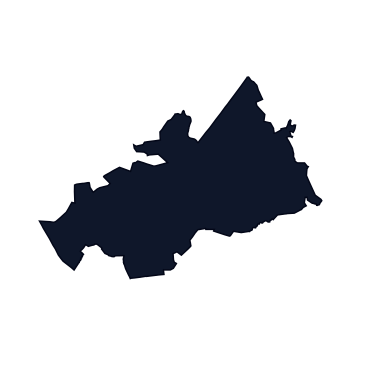 Rembates pag., Keguma, Latvia, rotated 31°
{"feature_id": "27541924B57720709752494", "entity_name": "Rembates pag.", "entity_type": "district", "adm_level": 2, "iso_a3": "LVA", "parent_name": "Latvia", "parent_adm1": "Keguma", "projection": "albers", "projection_center": [24.823, 56.781], "detail": "fine", "context": "isolated", "style": "filled", "palette": "ink", "viewbox_px": 384, "rotation_deg": 31, "n_neighbors": 0, "source": "geoboundaries", "source_scale": "gbopen_adm2", "svg_char_len": 5695}
<svg xmlns="http://www.w3.org/2000/svg" viewBox="0 0 384 384"><g transform="rotate(31 192 192)"><path d="M87.8,246.5L91.1,252.2L97.4,261.9L94.4,262.8L94.6,267.8L94.7,270.3L94.7,274.1L92.3,282.1L90.7,287.0L90.4,287.5L90.1,288.1L88.9,289.3L85.5,290.7L76.3,295.5L80.5,297.9L83.2,299.6L94.0,305.4L100.3,309.2L104.1,311.1L110.0,314.9L114.2,316.6L117.1,317.7L127.4,318.9L131.1,319.6L131.3,313.0L131.4,312.8L131.3,312.5L131.3,312.3L131.2,312.2L131.2,311.7L131.3,311.4L131.4,311.0L131.5,310.9L131.6,310.6L131.4,309.9L131.2,309.3L131.1,309.1L131.6,308.2L131.6,307.8L131.5,307.7L131.4,307.4L131.2,307.2L131.3,306.8L131.4,306.7L130.9,306.3L130.8,306.2L131.0,306.0L131.1,305.9L130.8,305.5L130.9,305.0L131.0,305.1L131.3,304.9L131.0,304.6L130.9,304.3L130.8,304.2L130.7,304.0L130.9,303.8L130.8,303.6L131.0,303.5L130.8,303.3L130.8,303.0L130.9,302.4L131.0,301.9L131.1,301.7L131.1,301.3L129.0,300.8L128.9,301.0L127.6,300.5L126.8,300.3L126.9,299.0L127.2,298.4L127.8,295.5L127.9,291.9L130.3,291.9L131.1,292.0L132.2,290.8L134.1,288.8L135.2,287.9L135.7,286.4L136.4,286.3L137.1,285.7L138.7,285.8L143.6,286.4L143.8,287.4L149.0,289.5L152.3,289.0L153.4,289.4L155.7,288.7L156.6,288.6L158.5,287.6L159.1,286.2L160.0,285.6L166.4,281.6L166.8,282.3L167.3,284.0L167.5,284.6L167.8,285.2L168.2,285.6L169.3,286.9L169.3,287.4L169.5,287.5L169.8,287.7L170.5,288.6L171.7,289.3L174.6,291.9L180.4,295.8L181.8,296.6L183.6,297.9L183.7,297.6L186.7,295.4L191.4,291.7L195.7,288.1L196.4,287.8L206.4,280.0L210.4,277.1L207.6,273.5L207.6,273.4L207.8,273.4L213.6,269.9L215.3,267.0L215.4,263.0L215.5,262.2L215.4,261.8L215.4,261.3L213.2,261.4L212.4,260.9L211.0,259.6L207.5,254.6L208.8,252.7L209.8,251.1L210.1,250.9L210.3,251.0L215.4,251.6L217.1,245.7L217.9,243.0L218.7,239.7L218.8,238.8L217.4,237.2L216.6,236.2L215.9,235.5L215.0,234.4L215.5,230.1L215.7,226.6L215.7,225.9L216.4,221.3L222.4,216.2L223.1,216.9L230.4,212.6L230.7,214.3L241.8,211.8L246.8,210.5L247.3,209.9L247.4,209.5L247.6,206.7L247.7,205.6L247.8,204.3L251.8,202.7L255.1,201.4L261.0,196.5L261.5,196.4L261.8,196.1L261.8,195.6L262.0,195.1L262.2,194.6L262.3,194.5L262.6,194.3L262.8,194.2L263.0,193.7L263.0,193.3L262.5,192.2L262.5,191.5L262.8,191.0L263.7,190.5L264.9,190.0L265.0,189.8L264.8,188.8L264.8,188.3L265.3,187.7L265.3,187.0L265.0,186.1L265.0,185.5L265.1,185.4L265.3,185.3L266.1,184.9L266.2,184.7L265.9,183.8L265.9,183.6L266.0,183.3L266.3,183.0L267.1,182.6L267.5,182.5L267.9,182.6L268.0,182.5L268.2,182.4L268.4,182.1L268.5,181.8L268.5,181.7L268.4,181.5L268.4,181.2L268.9,180.3L269.4,179.3L269.9,178.8L270.0,178.6L270.3,178.4L270.7,178.4L271.9,178.5L272.6,178.5L273.4,178.1L273.5,178.0L273.8,177.7L274.0,177.6L273.7,176.6L273.7,176.1L274.2,175.5L274.5,173.6L275.8,173.9L277.1,167.6L283.3,162.6L283.8,162.3L283.8,162.2L285.2,161.1L290.6,157.4L294.2,151.5L294.8,150.7L295.2,148.1L295.3,148.0L295.3,147.9L297.0,145.0L293.8,143.4L291.7,138.3L293.4,137.3L295.2,139.4L300.7,139.7L303.5,138.7L303.5,138.9L304.9,138.4L305.7,139.2L306.5,138.8L306.9,138.0L307.5,137.6L307.6,136.6L307.4,135.8L307.7,132.8L307.7,132.6L306.3,131.9L299.3,131.3L287.2,123.0L285.2,121.6L281.6,119.0L279.6,115.1L278.6,112.9L278.6,110.4L277.5,110.6L273.5,109.1L267.4,112.8L267.0,112.8L266.4,112.8L264.6,112.6L264.4,112.5L264.2,112.4L263.4,111.2L263.0,110.9L261.2,109.8L261.0,109.7L259.3,106.7L258.3,105.8L255.6,102.9L249.6,99.1L245.0,96.7L245.8,94.9L248.3,93.6L249.6,93.6L249.5,92.7L248.1,93.1L244.8,90.0L245.5,89.0L248.0,88.8L248.0,86.8L247.6,84.6L246.3,81.4L245.0,82.0L244.5,83.3L243.5,83.9L241.5,83.9L240.1,79.9L239.0,79.7L238.7,81.8L239.6,85.4L239.9,89.1L238.9,89.0L235.8,92.0L236.4,93.2L233.2,98.5L232.2,99.3L229.6,96.3L229.1,95.5L223.7,92.4L217.3,94.5L217.1,94.3L214.5,88.1L214.4,88.0L212.5,87.5L205.3,85.4L203.6,84.8L203.1,84.7L200.6,82.1L201.6,80.6L204.0,77.3L204.7,76.2L202.4,74.7L197.5,71.3L197.2,71.1L196.8,71.0L194.0,68.4L192.6,67.2L190.4,66.6L189.1,66.1L188.3,66.0L188.0,65.8L187.3,66.0L185.2,66.0L183.6,65.3L181.5,64.4L181.3,64.4L181.0,64.5L180.2,65.3L180.3,65.6L179.4,76.9L178.6,84.9L177.5,95.8L177.4,97.1L177.3,98.3L176.8,101.8L176.1,109.9L175.2,117.4L174.2,128.0L173.2,134.2L172.8,137.9L172.1,143.7L171.8,146.5L171.5,146.7L170.9,146.5L169.8,145.9L168.4,145.5L167.5,145.4L166.8,145.4L165.2,145.9L163.5,146.5L162.3,146.8L161.4,146.8L160.6,146.6L159.7,146.1L159.2,145.7L158.0,143.9L157.3,141.2L156.7,140.0L156.5,139.1L156.2,138.6L155.4,135.8L155.2,134.9L154.8,132.2L154.4,131.4L153.3,130.0L152.0,129.0L151.3,128.8L150.3,128.9L149.1,129.5L148.2,129.7L147.4,129.7L146.1,129.1L144.4,127.8L143.9,127.1L143.7,126.9L143.3,126.8L142.8,126.7L142.6,127.2L142.6,128.2L142.6,128.7L142.9,129.3L143.1,129.9L142.9,130.6L142.5,131.2L141.9,131.7L141.6,131.8L139.6,132.1L138.7,132.9L138.3,133.2L137.8,133.6L137.4,133.9L137.5,134.1L137.3,136.2L137.0,138.9L136.8,140.5L136.6,140.9L134.7,143.7L134.6,145.4L134.2,150.9L134.2,153.2L134.0,155.0L133.6,157.0L136.1,160.8L138.1,163.8L133.8,167.3L131.7,168.9L127.8,172.0L125.7,173.8L125.7,176.6L120.5,181.6L117.8,181.6L120.0,184.2L123.8,185.9L126.7,184.3L130.5,182.4L134.0,182.5L135.0,183.7L136.5,182.0L138.8,180.4L140.7,179.0L143.7,176.9L143.8,177.0L148.7,177.9L156.0,179.4L152.8,182.8L147.5,188.3L146.0,189.5L138.3,191.4L135.7,191.9L129.6,193.4L129.0,194.8L128.7,195.9L127.9,196.2L126.6,197.7L128.7,206.0L117.2,208.2L113.5,214.3L111.6,217.9L109.6,221.3L109.8,221.3L108.9,222.5L108.3,224.0L108.4,224.4L109.3,224.7L110.1,224.9L110.8,225.1L116.2,226.5L117.5,226.9L116.7,229.9L110.7,235.9L109.2,238.4L107.9,242.1L107.8,242.4L107.3,242.9L107.3,243.0L105.0,242.0L104.6,241.7L102.9,241.0L102.9,240.9L102.3,240.7L101.5,239.7L99.5,237.4L99.0,237.0L97.9,237.7L95.0,240.2L94.3,240.7L93.8,241.0L89.5,244.4L88.7,245.2L87.8,246.5Z" fill="#0f172a" stroke="#020617" stroke-width="1.5"/></g></svg>